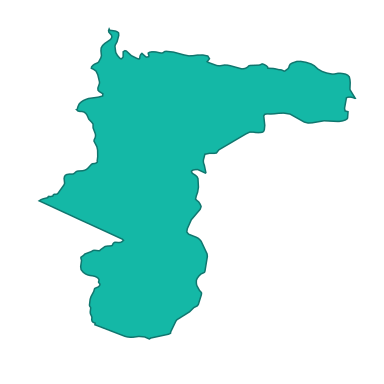 outline of Tigray, rotated 277°
{"feature_id": "ETH-3110", "entity_name": "Tigray", "entity_type": "Administrative State", "adm_level": 1, "iso_a3": "ETH", "parent_name": "Ethiopia", "parent_adm1": "", "projection": "equal_earth", "projection_center": [38.617, 13.565], "detail": "fine", "context": "isolated", "style": "filled", "palette": "teal", "viewbox_px": 384, "rotation_deg": 277, "n_neighbors": 0, "source": "natural_earth", "source_scale": "10m", "svg_char_len": 4768}
<svg xmlns="http://www.w3.org/2000/svg" viewBox="0 0 384 384"><g transform="rotate(277 192 192)"><path d="M40.9,167.6L42.4,162.6L42.2,156.9L40.7,151.2L40.3,148.4L40.3,145.4L40.6,143.0L48.4,111.8L50.0,111.9L50.7,109.6L51.7,108.5L53.2,108.0L55.0,108.0L56.2,107.6L58.8,106.0L60.5,105.6L64.3,105.6L65.1,105.4L66.4,104.3L67.3,104.0L73.1,104.0L75.8,104.5L81.3,106.6L84.2,107.1L84.7,107.6L86.2,110.3L86.9,111.0L87.5,111.5L88.3,111.8L89.1,111.9L89.6,111.7L90.9,110.3L91.6,110.2L93.1,110.5L93.8,110.3L94.9,109.4L95.8,107.9L96.4,106.0L96.7,103.6L96.7,100.9L97.0,98.6L97.7,96.3L99.0,93.9L101.4,91.4L104.4,90.6L110.7,90.7L112.5,89.9L113.7,89.7L115.8,92.0L117.4,93.2L120.6,99.3L121.9,101.0L122.2,101.9L122.3,103.6L122.3,106.3L122.5,107.5L123.7,108.4L127.2,112.2L127.5,112.9L128.1,115.0L128.6,117.9L129.1,119.2L130.2,119.7L131.0,119.9L131.9,120.5L132.6,121.3L132.8,122.4L132.9,125.4L133.3,127.3L134.2,128.6L135.7,129.9L136.7,128.6L139.8,119.0L144.7,103.6L150.0,86.9L155.5,69.7L161.1,52.4L164.6,41.4L166.0,43.1L167.1,45.1L168.7,49.3L169.0,49.7L169.9,49.8L170.2,50.2L170.2,50.7L170.2,51.9L170.2,52.2L170.6,53.0L170.7,53.8L171.1,54.4L172.1,54.6L172.9,55.4L173.1,56.3L173.1,57.3L173.6,58.4L174.3,59.1L183.5,64.1L185.1,64.5L189.9,63.4L191.9,63.6L193.2,64.3L194.1,65.6L194.6,67.4L194.8,67.9L195.2,71.1L195.6,72.2L196.5,73.2L197.4,73.9L198.3,74.8L198.9,76.2L199.7,80.6L200.4,82.6L201.4,84.3L202.7,85.6L207.3,88.9L207.9,89.7L208.5,92.2L209.0,93.2L210.0,94.3L210.7,94.4L211.4,94.1L215.6,94.1L222.1,93.2L225.3,92.1L230.6,88.5L232.2,88.6L233.8,89.2L235.3,89.4L236.9,89.3L238.5,88.7L243.6,86.0L247.4,85.5L248.9,84.1L251.7,80.7L255.3,78.6L257.0,77.1L258.2,75.1L258.5,73.0L258.3,70.8L258.5,68.9L259.6,67.5L259.7,67.9L262.7,68.4L265.1,69.1L266.0,69.5L267.9,71.1L269.6,73.1L271.0,75.5L272.2,77.9L274.7,87.4L276.4,91.6L278.6,91.6L280.4,87.7L281.6,86.3L283.7,85.9L288.3,86.9L289.9,86.8L296.9,84.2L300.3,82.0L301.8,79.3L302.5,77.0L304.0,77.1L305.7,78.3L307.0,79.7L308.7,82.5L309.2,83.1L309.7,83.5L314.1,85.2L316.3,85.5L320.2,84.6L321.2,84.4L323.9,84.3L326.5,85.4L328.8,87.3L333.3,92.4L334.6,93.2L336.2,93.6L337.9,92.9L340.5,90.0L342.0,89.5L343.7,89.9L343.1,90.3L342.3,91.1L342.5,92.0L342.5,93.5L342.4,96.5L342.3,96.9L341.8,98.4L341.2,99.4L341.0,99.7L340.7,99.8L338.4,100.2L332.0,99.3L328.5,97.9L327.1,97.8L321.2,99.3L318.5,101.3L316.2,103.8L315.6,104.9L315.6,105.8L317.6,107.2L322.8,106.6L324.1,108.2L323.9,109.7L320.0,115.1L317.9,121.0L317.5,123.1L318.1,123.8L319.4,123.8L320.8,123.9L322.3,124.4L323.5,125.4L320.7,129.4L320.3,130.4L321.0,132.5L322.2,132.6L323.5,131.9L324.5,131.6L325.5,132.8L326.2,134.9L326.5,137.2L326.6,139.2L326.2,143.4L326.2,145.0L326.7,146.3L328.0,147.6L328.3,148.5L328.5,149.3L328.5,150.0L328.6,156.6L327.1,167.3L326.7,172.3L327.4,176.4L328.5,180.5L329.3,186.1L328.9,191.1L326.4,193.1L323.2,191.1L322.5,192.6L320.5,201.4L320.6,204.2L322.0,208.9L322.2,211.8L322.0,214.6L320.3,226.2L320.5,227.6L321.1,229.5L321.3,230.0L322.6,231.8L323.1,232.3L323.9,232.8L324.2,233.1L324.7,234.4L326.1,243.1L326.6,244.3L327.6,245.8L327.7,246.5L327.2,248.5L326.3,250.5L325.2,251.9L324.1,252.2L324.5,257.6L324.4,259.8L324.0,263.1L324.1,265.6L323.8,266.9L323.2,268.7L323.3,269.3L325.9,272.1L327.2,272.9L329.1,273.2L330.8,273.9L332.2,275.7L334.4,280.2L334.9,284.0L334.6,289.4L333.6,294.7L332.2,298.0L329.3,302.1L327.5,306.4L326.5,311.2L326.1,316.9L326.4,318.8L327.6,322.4L327.9,324.7L327.9,327.4L327.7,330.0L326.9,332.3L325.4,334.1L322.6,335.1L319.7,335.7L313.5,336.2L312.6,336.5L304.9,342.6L304.8,342.2L305.3,340.4L305.5,338.0L305.2,335.6L304.4,333.8L293.7,333.2L291.1,334.1L290.8,336.6L290.7,337.1L284.4,337.4L283.6,337.1L282.2,335.5L280.9,332.7L280.0,329.6L279.7,327.1L278.8,314.4L275.3,302.8L274.6,298.8L275.1,294.9L281.3,279.8L281.5,273.4L280.7,268.4L279.7,264.3L279.0,260.6L278.7,257.0L278.0,254.8L276.4,253.9L267.0,256.1L262.7,256.2L261.2,255.8L260.1,254.9L259.5,253.2L259.0,250.6L258.8,247.8L258.9,245.7L258.5,242.0L256.2,238.4L237.2,213.6L235.1,212.3L233.7,211.5L233.1,209.4L232.5,204.5L231.3,201.0L231.1,200.2L225.1,199.4L223.4,199.6L222.0,200.0L220.0,201.0L212.9,203.4L212.4,203.0L215.0,195.0L214.6,192.5L214.0,190.5L213.1,189.3L212.2,189.0L210.7,189.9L209.9,191.5L209.0,193.4L207.7,195.2L206.0,196.3L197.6,197.8L192.6,197.6L188.4,196.7L185.3,196.4L183.9,198.3L183.1,199.7L181.4,201.2L179.7,202.3L178.6,202.8L175.8,202.2L164.4,194.7L155.0,191.8L151.7,191.7L149.7,193.8L147.6,201.8L146.8,203.9L145.5,205.7L144.2,207.1L132.4,214.5L129.9,215.1L115.1,214.5L113.9,214.2L113.2,213.3L111.8,211.0L109.5,209.1L107.0,207.7L104.9,207.1L102.2,207.4L100.4,207.9L99.7,208.2L95.1,211.5L94.1,212.8L92.9,213.8L91.1,213.8L81.2,212.0L79.6,211.1L77.5,207.9L72.8,204.2L63.4,192.6L61.8,191.7L50.6,187.9L49.2,187.9L48.0,186.1L42.0,168.8L40.9,167.6Z" fill="#14b8a6" stroke="#0f766e" stroke-width="1.5"/></g></svg>